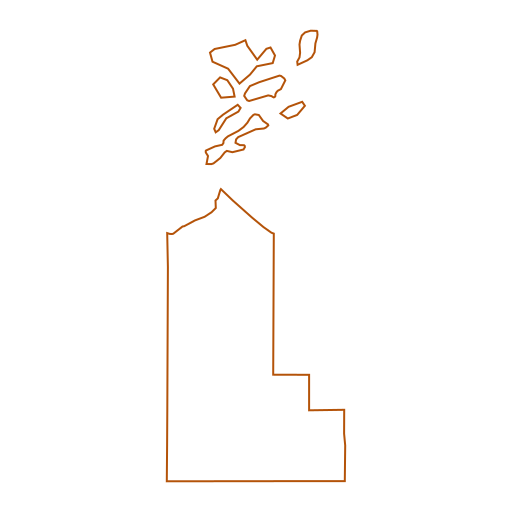 Ashland, Wisconsin, United States of America (Albers equal-area conic projection)
{"feature_id": "52423323B43219981502704", "entity_name": "Ashland", "entity_type": "district", "adm_level": 2, "iso_a3": "USA", "parent_name": "United States of America", "parent_adm1": "Wisconsin", "projection": "albers", "projection_center": [-90.631, 46.529], "detail": "fine", "context": "isolated", "style": "outline", "palette": "amber", "viewbox_px": 512, "rotation_deg": 0, "n_neighbors": 0, "source": "geoboundaries", "source_scale": "gbopen_adm2", "svg_char_len": 1874}
<svg xmlns="http://www.w3.org/2000/svg" viewBox="0 0 512 512"><path d="M344.8,481.1L345.2,445.5L344.1,433.7L344.2,409.8L309.1,410.3L309.1,374.8L273.2,374.7L273.8,233.6L271.4,232.7L263.5,227.1L251.7,217.3L232.9,200.6L220.9,189.1L220.3,190.1L217.8,198.4L215.5,200.5L215.8,208.0L211.6,212.2L204.6,216.8L195.0,220.4L184.2,226.2L182.5,226.5L173.3,233.7L172.1,234.0L169.7,233.9L167.2,233.1L167.9,267.1L167.3,410.0L167.1,445.5L166.8,481.3L237.7,481.2L344.8,481.1ZM210.0,52.6L212.5,61.7L228.1,68.7L239.5,83.6L250.0,74.6L256.8,66.3L272.7,63.1L275.0,55.5L270.5,47.5L266.4,48.8L257.2,59.7L247.3,45.8L245.4,40.2L235.2,44.8L214.6,49.0L210.0,52.6ZM205.7,151.0L205.8,152.5L208.0,156.0L206.5,164.0L211.4,164.1L213.5,163.4L220.3,158.0L224.7,152.4L226.8,150.9L232.4,152.2L243.5,149.5L244.9,147.1L244.7,145.8L244.0,145.2L239.9,145.1L235.5,142.8L236.1,139.4L238.2,137.1L255.7,129.3L263.9,128.5L265.7,127.7L268.3,125.4L268.0,124.4L263.1,121.0L258.8,115.0L254.9,114.3L253.4,114.9L250.0,118.4L247.4,122.7L243.6,127.0L238.4,130.9L228.0,136.3L225.6,138.3L223.6,140.6L223.4,143.1L222.2,144.8L215.0,146.4L206.0,150.5L205.7,151.0ZM245.0,93.4L244.2,95.9L247.2,100.3L249.1,101.0L268.2,95.4L271.5,96.1L272.7,96.9L273.8,97.4L274.8,96.9L275.3,96.2L275.4,94.3L276.4,92.3L277.7,90.8L280.9,89.1L285.3,80.4L284.3,78.5L281.1,76.0L279.5,75.6L259.2,82.2L249.9,86.1L245.0,93.4ZM297.2,61.6L297.6,64.8L307.4,60.3L311.8,57.2L314.6,52.2L315.4,43.4L317.1,37.5L317.5,34.7L317.2,31.4L316.8,30.9L310.7,30.7L305.1,32.4L301.8,35.5L300.1,40.7L299.5,44.5L300.1,52.8L299.5,57.4L297.2,61.6ZM220.1,77.4L213.2,84.4L221.1,97.7L234.6,96.6L233.0,88.7L227.3,80.2L220.1,77.4ZM280.5,113.5L287.8,118.5L297.2,114.9L304.9,105.8L302.2,101.8L288.6,106.8L280.5,113.5ZM214.2,128.8L215.7,132.3L218.7,130.2L226.3,118.3L238.4,111.6L240.6,107.9L237.7,104.8L223.0,114.7L217.6,119.2L214.2,128.8Z" fill="none" stroke="#b45309" stroke-width="2"/></svg>